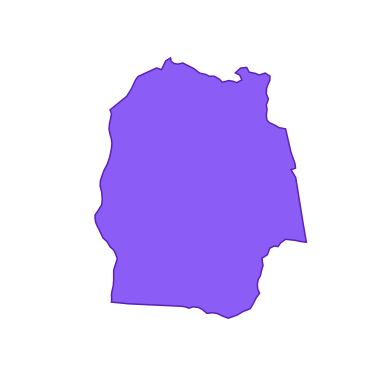 the district of Macieira, Santa Catarina, Brazil, rotated 245°
{"feature_id": "56859067B68237115379789", "entity_name": "Macieira", "entity_type": "district", "adm_level": 2, "iso_a3": "BRA", "parent_name": "Brazil", "parent_adm1": "Santa Catarina", "projection": "equal_earth", "projection_center": [-51.346, -26.801], "detail": "fine", "context": "isolated", "style": "filled", "palette": "violet", "viewbox_px": 384, "rotation_deg": 245, "n_neighbors": 0, "source": "geoboundaries", "source_scale": "gbopen_adm2", "svg_char_len": 1718}
<svg xmlns="http://www.w3.org/2000/svg" viewBox="0 0 384 384"><g transform="rotate(245 192 192)"><path d="M98.1,274.4L117.5,279.7L161.3,292.1L165.2,291.7L170.3,291.2L169.9,295.9L174.0,297.3L186.3,298.5L209.7,303.5L213.6,298.0L218.0,295.0L222.2,291.4L225.5,290.3L229.9,291.7L235.4,295.0L239.6,296.2L244.0,300.6L249.4,300.8L254.4,303.4L257.6,306.5L260.0,309.5L263.9,311.6L268.9,308.6L269.5,302.5L272.7,299.6L276.4,294.5L281.8,294.2L283.8,288.4L281.6,281.6L277.9,284.6L272.5,284.6L272.2,278.7L275.1,275.9L277.5,272.3L278.7,265.8L282.9,264.4L287.5,261.1L289.6,256.6L292.9,254.0L296.6,249.1L303.1,245.8L312.8,238.2L313.9,233.1L316.2,230.0L319.3,228.3L322.6,229.2L322.0,223.7L319.3,220.4L315.8,216.0L319.4,212.4L319.5,191.9L317.2,187.9L314.8,185.1L311.2,180.8L306.3,173.3L301.1,152.4L297.0,152.1L292.8,149.1L288.7,146.0L284.2,143.4L278.9,142.1L274.8,141.5L270.2,140.1L265.8,137.6L262.5,135.2L259.0,132.6L255.7,129.6L252.8,126.6L248.5,121.1L244.2,116.8L240.5,113.5L236.5,111.4L229.8,110.0L223.6,107.7L218.7,104.9L214.9,99.2L212.2,94.5L208.7,92.8L205.0,91.9L201.1,91.7L197.6,91.9L193.5,91.9L188.1,91.9L182.9,94.0L176.8,94.6L172.9,96.4L168.4,96.6L163.1,96.1L157.1,90.5L153.8,87.7L149.4,85.7L145.1,83.7L140.0,80.8L136.0,77.6L132.8,75.5L129.4,74.2L126.3,72.4L117.5,87.2L93.0,134.0L90.9,137.3L88.0,140.1L87.5,144.4L84.6,149.1L80.8,151.9L75.8,154.2L73.8,159.7L71.2,163.5L66.4,167.5L62.3,171.5L61.4,180.7L62.1,187.6L61.6,195.4L65.1,200.6L68.6,204.9L71.8,210.5L76.0,210.5L80.8,212.2L84.5,214.9L87.4,218.7L91.8,222.1L95.5,225.4L99.1,226.3L102.4,227.5L103.3,233.8L108.2,238.8L108.3,243.6L106.2,246.9L108.4,250.7L109.6,256.7L107.0,261.1L104.4,265.4L102.0,268.4L98.1,274.4Z" fill="#8b5cf6" stroke="#5b21b6" stroke-width="1.5"/></g></svg>